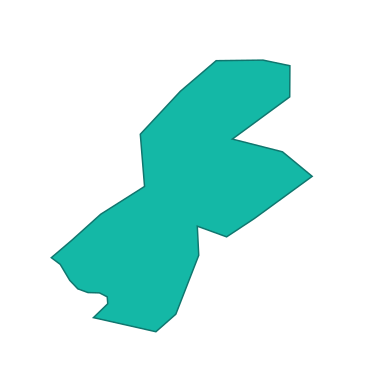 SVG path tracing the border of Salaspils, rotated 133°
{"feature_id": "LVA-5775", "entity_name": "Salaspils", "entity_type": "Municipality", "adm_level": 1, "iso_a3": "LVA", "parent_name": "Latvia", "parent_adm1": "", "projection": "natural_earth1", "projection_center": [24.344, 56.878], "detail": "fine", "context": "isolated", "style": "filled", "palette": "teal", "viewbox_px": 384, "rotation_deg": 133, "n_neighbors": 0, "source": "natural_earth", "source_scale": "10m", "svg_char_len": 502}
<svg xmlns="http://www.w3.org/2000/svg" viewBox="0 0 384 384"><g transform="rotate(133 192 192)"><path d="M125.8,198.6L100.9,153.2L98.6,114.8L168.8,128.3L201.2,136.1L213.4,164.8L233.7,143.9L292.4,120.5L318.8,123.1L351.1,178.4L331.2,177.4L326.5,182.5L328.9,190.9L336.5,199.5L340.7,209.4L340.0,221.1L334.8,239.0L336.0,250.1L309.2,247.0L270.5,243.6L220.3,230.5L185.0,269.2L126.2,269.2L79.5,263.9L47.1,230.0L32.9,206.5L55.8,185.4L125.8,198.6Z" fill="#14b8a6" stroke="#0f766e" stroke-width="1.5"/></g></svg>